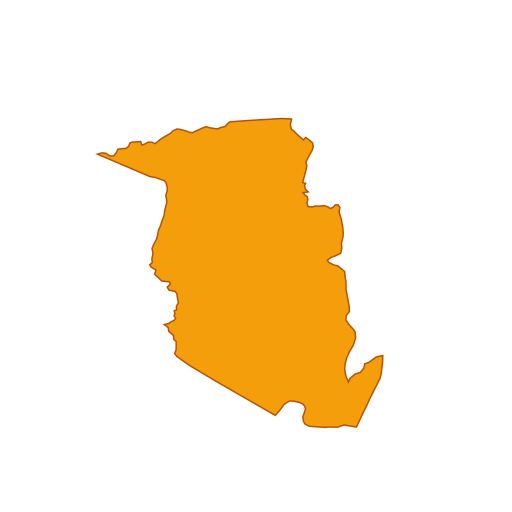 outline of São Francisco do Brejão, Maranhão, Brazil, rotated 220°
{"feature_id": "56859067B51187735932804", "entity_name": "São Francisco do Brejão", "entity_type": "district", "adm_level": 2, "iso_a3": "BRA", "parent_name": "Brazil", "parent_adm1": "Maranhão", "projection": "mercator", "projection_center": [-47.336, -5.17], "detail": "fine", "context": "isolated", "style": "filled", "palette": "amber", "viewbox_px": 512, "rotation_deg": 220, "n_neighbors": 0, "source": "geoboundaries", "source_scale": "gbopen_adm2", "svg_char_len": 2725}
<svg xmlns="http://www.w3.org/2000/svg" viewBox="0 0 512 512"><g transform="rotate(220 256 256)"><path d="M69.1,189.5L72.4,201.9L75.1,212.6L77.2,220.2L82.4,242.2L84.6,246.5L90.8,256.1L94.9,261.2L98.9,256.1L101.3,246.8L103.4,243.2L101.4,239.6L101.2,233.9L104.2,229.4L105.3,222.4L104.2,218.9L109.3,221.4L111.8,223.3L115.8,226.9L118.5,230.9L121.3,236.8L122.9,242.9L124.1,250.2L127.2,257.6L131.8,261.9L141.6,263.5L146.2,264.9L148.5,268.2L148.8,273.5L151.6,276.7L155.8,280.2L165.5,288.2L170.8,294.4L173.9,296.9L178.2,301.1L183.5,301.1L186.9,301.0L190.3,299.3L195.9,297.9L198.6,298.6L197.7,302.8L195.0,307.7L192.9,312.6L195.4,317.3L198.9,320.9L201.8,326.8L203.8,329.5L207.3,333.1L213.9,338.7L217.8,341.3L220.7,343.1L222.8,347.0L225.9,348.0L228.2,346.0L228.1,343.4L229.3,340.3L233.3,339.6L236.2,338.3L239.0,335.4L242.7,332.4L244.2,329.9L247.8,327.3L251.2,329.4L252.4,332.3L254.9,334.5L257.5,334.1L260.7,334.8L257.2,338.7L261.5,339.0L264.0,341.1L264.7,343.6L267.4,342.2L268.9,345.2L270.3,348.4L273.0,354.0L275.1,357.9L278.0,359.7L279.4,365.0L280.9,373.1L282.5,376.6L285.4,379.0L290.9,379.0L294.1,378.7L294.3,375.4L301.3,375.5L307.5,376.1L310.2,375.8L314.1,378.6L316.8,383.8L324.3,378.2L342.7,360.8L346.8,356.9L351.3,352.6L362.2,342.1L362.9,339.0L362.9,335.4L365.8,331.5L366.8,328.9L370.0,326.8L373.8,324.5L377.4,323.0L379.7,318.8L381.2,315.4L382.9,312.3L383.7,309.8L386.5,308.0L389.7,306.9L392.6,305.6L395.4,304.3L398.2,302.5L400.0,298.6L400.3,295.3L401.6,291.6L402.6,288.9L404.2,283.9L405.5,277.2L409.0,276.2L411.8,273.8L413.2,270.2L414.8,267.6L418.0,269.6L421.8,265.7L424.2,263.6L425.2,261.2L424.0,258.1L424.8,254.8L427.6,252.1L430.5,249.0L429.4,245.4L429.3,241.3L431.5,239.2L434.0,238.5L436.8,238.3L439.8,236.4L441.4,234.5L442.9,232.1L388.2,248.7L383.7,251.4L374.7,254.8L372.0,254.2L367.8,251.3L365.8,248.6L364.1,244.5L360.3,241.3L358.6,239.3L355.4,232.6L352.5,228.0L350.1,221.2L348.7,218.3L347.3,213.2L344.9,208.9L343.1,205.1L341.8,199.1L340.5,195.0L336.6,191.8L333.8,186.7L331.2,184.3L331.8,181.0L329.3,180.1L323.6,181.0L321.9,176.8L316.9,176.7L312.3,176.2L308.5,178.6L305.8,180.7L303.5,179.4L304.0,175.1L300.6,173.9L295.1,176.9L292.4,176.3L290.5,174.5L288.1,172.4L285.4,170.3L284.7,166.3L282.2,163.8L283.5,161.5L281.2,159.9L280.3,157.5L277.4,156.6L277.4,153.7L278.8,151.2L279.4,148.3L282.2,144.5L277.2,144.7L274.4,142.2L268.1,142.1L265.5,139.3L262.2,139.1L259.9,136.5L257.1,133.1L255.5,128.9L251.9,128.2L237.3,129.3L205.0,134.5L138.8,146.3L138.6,152.6L139.1,160.0L138.2,163.7L136.7,167.0L134.0,168.9L128.7,171.7L125.2,172.7L122.0,172.2L119.7,170.5L118.7,168.1L116.8,162.9L113.4,159.9L110.8,158.8L105.7,159.8L92.6,169.4L90.8,171.4L83.4,177.4L79.9,183.2L69.1,189.5Z" fill="#f59e0b" stroke="#b45309" stroke-width="1.5"/></g></svg>